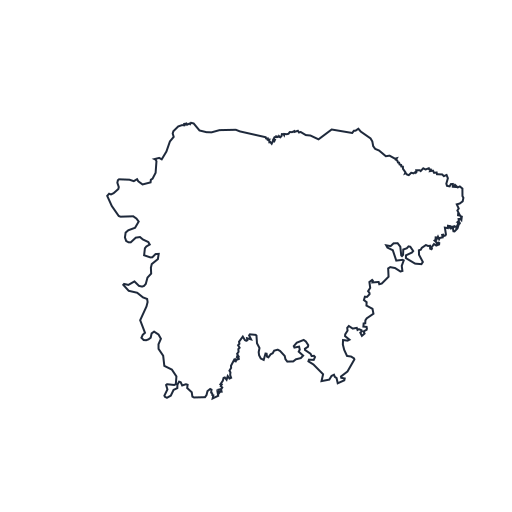 outline of Ban Muang, Sakon Nakhon, Thailand, rotated 211°
{"feature_id": "78962969B64071020381099", "entity_name": "Ban Muang", "entity_type": "district", "adm_level": 2, "iso_a3": "THA", "parent_name": "Thailand", "parent_adm1": "Sakon Nakhon", "projection": "albers", "projection_center": [103.488, 17.919], "detail": "fine", "context": "isolated", "style": "outline", "palette": "slate", "viewbox_px": 512, "rotation_deg": 211, "n_neighbors": 0, "source": "geoboundaries", "source_scale": "gbopen_adm2", "svg_char_len": 6134}
<svg xmlns="http://www.w3.org/2000/svg" viewBox="0 0 512 512"><g transform="rotate(211 256 256)"><path d="M131.6,421.5L134.4,423.6L136.1,421.2L138.4,421.8L143.0,419.3L144.2,420.6L146.2,419.0L148.2,420.3L150.5,418.4L150.7,420.1L152.3,419.5L153.1,420.2L155.2,417.5L157.8,417.3L158.6,413.6L159.8,413.8L162.8,412.0L161.7,410.7L161.9,409.6L162.7,409.9L163.5,408.0L165.8,407.3L166.7,404.0L168.4,403.6L170.4,404.1L170.8,403.5L171.0,404.7L174.9,406.4L176.1,408.2L177.6,407.6L178.5,408.8L180.1,408.4L181.4,409.7L182.5,409.3L184.1,410.6L185.7,410.6L185.7,412.3L187.0,411.0L193.2,410.8L196.1,408.4L204.8,409.8L209.0,409.2L212.1,410.5L215.3,414.1L218.4,415.8L230.3,416.6L233.8,417.8L235.2,414.7L236.6,413.8L236.9,411.0L256.3,403.4L262.5,388.2L271.4,387.3L275.6,385.3L281.6,385.3L282.8,384.0L284.6,384.9L286.9,382.2L287.5,382.8L288.8,380.8L290.9,379.6L291.1,377.5L292.4,376.2L294.6,375.2L294.2,374.1L295.2,374.6L296.6,373.8L295.9,372.1L296.3,370.3L298.0,370.6L297.8,369.9L300.0,369.1L299.5,368.6L301.3,367.4L301.2,364.8L299.6,365.3L299.4,363.5L300.7,363.1L300.4,360.3L302.1,360.9L303.0,360.4L303.2,361.3L305.2,361.6L304.9,362.5L306.2,361.9L306.5,362.8L308.0,362.0L308.9,362.8L334.0,354.5L338.3,353.8L352.1,345.1L357.8,339.1L362.3,336.6L369.1,334.5L377.7,337.5L380.3,336.7L380.4,335.1L381.2,335.3L382.5,333.3L383.6,333.7L383.7,332.6L384.7,333.0L385.6,332.2L384.9,331.0L386.8,330.1L389.4,327.0L391.1,320.4L390.5,318.1L387.9,315.7L388.8,309.9L386.6,299.4L386.6,290.3L389.5,290.2L392.9,286.8L391.6,286.9L390.1,285.9L384.9,275.6L384.5,269.0L385.4,267.2L384.3,264.8L390.1,258.9L395.4,259.4L397.5,260.6L399.3,257.2L403.8,256.2L412.9,251.2L413.4,249.8L412.6,247.4L409.1,244.4L408.5,242.5L410.4,236.5L412.0,234.1L414.0,233.7L414.5,230.9L405.4,224.6L394.3,219.6L392.4,219.9L381.7,226.8L377.7,226.5L374.3,225.1L374.2,217.9L378.7,212.3L379.8,208.9L377.9,204.4L375.0,202.0L372.3,202.1L370.4,203.2L368.5,209.8L365.2,212.5L361.5,211.9L355.5,212.5L353.0,211.1L354.9,207.7L355.2,205.4L352.3,199.0L345.8,200.4L344.2,201.5L343.1,205.9L340.5,207.7L338.5,202.8L341.2,195.4L340.1,191.9L336.8,186.9L337.9,181.6L336.1,175.3L336.6,172.6L337.9,171.1L340.9,170.1L347.1,171.6L350.5,165.5L354.7,164.1L354.9,162.9L347.2,160.6L338.9,163.3L331.6,162.3L327.2,163.1L325.2,160.7L323.9,156.4L322.2,141.3L311.6,133.0L312.5,130.2L312.1,126.9L309.0,126.1L306.8,127.2L305.2,129.2L304.2,131.7L305.6,135.9L304.4,138.7L299.1,138.5L294.9,136.1L294.1,130.1L291.7,126.2L284.2,122.7L278.0,114.6L269.6,115.3L262.2,111.8L258.7,104.8L259.7,103.3L266.2,100.3L266.6,99.1L263.2,96.0L262.6,89.1L261.5,88.4L259.3,88.6L257.1,92.4L257.7,98.8L255.4,102.2L257.1,105.3L257.2,108.7L255.5,109.0L252.6,107.0L250.0,110.0L248.3,110.4L247.0,107.4L240.9,106.1L238.1,102.7L236.3,102.8L227.0,108.7L226.8,111.3L228.0,115.2L226.8,118.4L225.3,118.5L224.1,115.8L222.8,115.7L221.8,114.3L220.8,114.6L219.8,111.6L216.4,116.7L219.5,120.3L218.5,120.9L217.1,118.7L216.9,121.1L215.6,122.0L216.9,123.3L218.5,122.9L217.2,124.2L217.2,125.9L219.2,126.3L219.2,128.1L220.4,127.8L220.2,132.0L221.0,134.8L220.2,135.8L217.5,134.8L218.4,138.5L215.6,137.3L214.6,138.8L216.8,140.6L218.0,143.1L219.7,144.0L219.7,147.3L220.9,149.0L221.3,156.3L220.5,156.9L219.0,154.4L219.3,156.8L217.7,158.9L218.4,159.6L220.3,159.5L220.5,160.5L219.5,161.1L221.8,162.4L221.6,164.9L223.2,167.1L222.8,168.9L225.4,170.3L225.0,172.2L226.4,173.8L225.8,180.1L222.2,178.2L220.7,178.3L220.0,179.3L221.3,180.9L217.3,182.0L221.0,184.4L220.9,185.7L215.7,188.2L214.6,188.0L210.2,181.7L205.6,178.9L204.2,175.0L202.2,172.5L199.1,170.6L195.9,170.9L197.6,177.3L196.6,177.7L194.7,175.4L193.2,175.5L192.8,179.4L191.6,181.2L191.7,184.2L189.1,186.9L186.4,187.0L179.9,185.1L177.6,182.7L174.8,181.6L169.8,184.8L168.6,188.0L165.0,191.6L164.3,194.9L170.1,196.0L170.3,198.3L172.4,200.5L175.9,197.3L177.2,198.2L176.4,202.7L171.9,208.6L169.2,208.4L165.3,206.5L164.7,205.0L166.3,201.7L165.6,200.7L158.9,200.3L156.8,198.9L154.9,200.3L153.4,199.8L153.0,196.7L157.2,194.4L156.8,192.7L150.9,192.6L137.6,189.2L135.4,182.5L129.5,187.8L129.5,192.1L128.0,194.4L126.2,193.0L124.1,192.9L120.4,189.0L116.3,194.9L116.9,196.7L120.2,195.5L121.1,196.5L118.1,204.1L118.4,218.0L119.2,218.7L122.7,218.8L126.5,217.2L132.1,221.0L136.0,224.9L138.1,228.8L133.9,230.6L132.8,232.4L138.4,233.2L139.2,234.8L139.1,239.2L140.8,241.4L140.4,243.8L135.7,243.6L132.6,246.3L130.9,244.9L130.1,246.3L127.3,246.7L126.5,245.9L127.1,244.0L124.1,242.1L123.0,245.4L124.9,246.8L123.2,249.7L123.5,250.8L124.7,252.2L127.6,250.8L129.0,253.6L127.7,254.6L129.1,257.2L129.0,259.6L125.6,267.0L128.9,270.7L135.8,270.4L137.4,273.4L140.8,273.8L141.7,277.2L139.8,278.1L139.0,281.7L139.6,282.7L141.8,283.6L141.7,287.5L145.4,292.1L144.1,295.3L143.1,295.0L142.6,293.3L137.5,296.9L135.8,295.3L134.0,297.2L131.7,306.5L136.3,313.4L135.2,315.6L130.6,317.3L124.2,317.1L122.8,318.6L126.0,322.6L127.1,328.3L128.4,328.2L133.4,324.3L141.7,331.4L147.7,330.9L149.9,332.2L145.7,333.8L144.6,337.7L141.2,339.9L137.1,338.3L131.8,331.3L130.8,331.1L130.5,332.7L133.1,337.4L130.7,340.3L130.2,342.8L128.5,343.4L123.8,341.2L124.1,339.3L127.8,333.8L126.4,331.4L115.7,331.4L110.0,334.2L109.9,336.8L116.9,341.0L119.3,344.8L118.0,346.3L118.1,348.4L116.0,352.9L113.7,353.2L112.1,354.4L110.5,352.0L109.1,352.2L109.0,352.9L110.0,353.5L109.6,357.9L107.3,357.8L107.3,359.5L106.3,358.5L105.0,360.2L105.6,361.5L106.5,361.4L106.8,360.2L110.9,361.2L110.4,362.2L111.6,364.5L111.0,364.8L109.8,363.8L110.0,366.3L107.7,364.7L107.8,366.1L105.6,368.1L107.3,370.0L106.5,370.7L105.5,369.7L104.2,371.2L104.3,372.3L108.7,377.6L105.9,378.7L107.0,380.8L105.2,381.5L105.3,380.3L103.3,379.8L102.1,381.2L103.2,381.7L100.7,384.3L101.7,381.4L99.5,378.9L98.5,379.3L97.5,383.4L97.8,384.7L98.7,383.1L99.6,384.4L98.9,385.6L99.6,387.9L98.6,387.0L98.1,388.9L98.7,389.5L100.7,389.0L100.2,390.7L101.4,392.0L100.0,393.1L98.5,392.6L100.2,396.5L99.9,394.8L101.6,395.8L103.8,395.0L104.4,396.2L103.4,396.6L106.8,398.7L106.7,401.1L110.5,403.7L108.4,405.9L107.0,409.3L108.2,412.7L109.9,413.7L113.8,420.1L117.1,420.6L118.4,418.7L122.1,419.5L122.2,418.7L120.8,417.8L123.0,416.7L124.4,419.1L126.0,418.0L125.9,415.4L128.4,414.5L130.1,416.0L131.6,421.5Z" fill="none" stroke="#1e293b" stroke-width="2"/></g></svg>